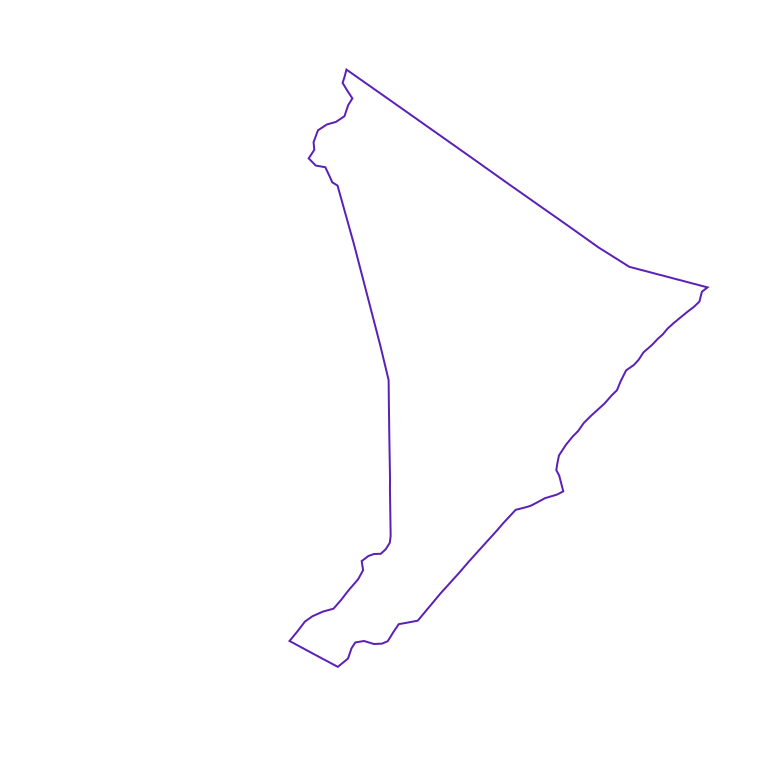 the district of Coaraci, Bahia, Brazil, rotated 35°
{"feature_id": "56859067B91846092860839", "entity_name": "Coaraci", "entity_type": "district", "adm_level": 2, "iso_a3": "BRA", "parent_name": "Brazil", "parent_adm1": "Bahia", "projection": "natural_earth1", "projection_center": [-39.579, -14.666], "detail": "fine", "context": "isolated", "style": "outline", "palette": "violet", "viewbox_px": 768, "rotation_deg": 35, "n_neighbors": 0, "source": "geoboundaries", "source_scale": "gbopen_adm2", "svg_char_len": 1425}
<svg xmlns="http://www.w3.org/2000/svg" viewBox="0 0 768 768"><g transform="rotate(35 384 384)"><path d="M454.0,648.7L481.5,645.5L508.4,642.2L512.0,629.5L509.0,619.3L508.7,612.2L515.0,606.0L525.0,602.7L531.3,597.8L534.6,592.5L534.0,582.3L533.8,572.3L539.8,566.3L547.4,558.5L550.4,523.1L553.7,496.9L555.4,480.2L560.6,438.6L561.5,429.6L564.0,411.6L569.7,405.0L573.9,399.8L577.0,393.9L581.4,385.1L589.1,375.4L592.4,369.1L586.0,363.6L580.0,358.5L574.5,355.7L571.6,349.7L568.3,342.2L567.9,329.3L568.7,318.5L570.0,311.2L570.0,301.5L571.8,291.3L573.9,282.1L575.8,273.6L577.0,262.9L578.4,255.5L576.3,246.1L574.5,234.0L577.8,224.9L578.7,218.0L578.4,209.3L581.2,197.9L582.2,190.8L583.9,183.4L584.5,176.0L586.3,168.1L588.7,159.4L591.2,150.6L593.6,143.0L595.1,135.6L591.5,126.0L593.6,119.3L517.8,147.3L481.5,149.1L441.9,148.8L411.4,148.8L367.8,148.7L325.2,148.4L239.3,148.1L172.9,148.0L175.4,154.7L177.4,161.1L186.0,164.9L194.3,168.2L194.7,176.0L198.0,187.3L194.3,196.9L188.3,204.2L184.4,214.1L187.6,226.3L192.6,232.2L192.9,242.4L202.8,244.2L211.6,240.1L220.7,245.3L226.0,248.5L232.1,248.1L279.3,286.8L358.9,354.6L385.5,378.1L399.7,397.9L419.0,424.7L443.4,458.3L448.8,466.2L476.7,504.8L479.8,510.7L480.2,518.1L478.8,524.9L473.3,529.0L469.8,534.0L467.3,541.9L473.7,548.5L474.8,558.8L473.3,573.3L472.7,585.7L471.5,597.0L464.4,605.6L458.6,615.3L455.5,623.9L455.0,635.9L454.0,648.7Z" fill="none" stroke="#5b21b6" stroke-width="2"/></g></svg>